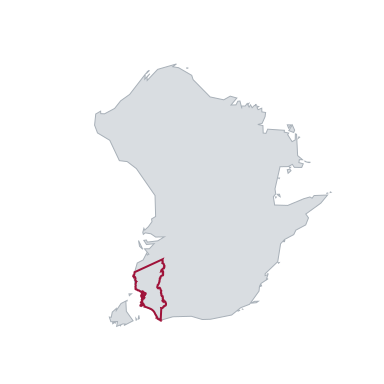 Victoria on a map of Australia (Natural Earth projection), rotated 66°
{"feature_id": "AUS-2656", "entity_name": "Victoria", "entity_type": "State", "adm_level": 1, "iso_a3": "AUS", "parent_name": "Australia", "parent_adm1": "", "projection": "natural_earth1", "projection_center": [144.983, -36.566], "detail": "fine", "context": "in_parent", "style": "outline", "palette": "rose", "viewbox_px": 384, "rotation_deg": 66, "n_neighbors": 0, "source": "natural_earth", "source_scale": "10m", "svg_char_len": 9038}
<svg xmlns="http://www.w3.org/2000/svg" viewBox="0 0 384 384"><g transform="rotate(66 192 192)"><path d="M254.6,78.9L258.4,97.0L263.0,96.1L268.3,101.5L269.1,112.6L272.3,116.4L273.0,126.7L275.3,132.1L290.5,142.0L296.4,158.4L298.1,159.2L298.4,156.3L301.7,159.3L302.2,157.8L303.6,166.1L305.5,168.6L309.8,171.1L318.0,185.1L317.5,194.5L320.5,205.8L315.8,226.8L312.7,234.4L305.3,243.1L298.2,260.2L296.4,273.0L283.9,276.1L277.6,281.6L273.8,282.1L274.9,285.3L268.8,280.7L269.7,279.6L269.3,278.5L268.2,278.4L266.1,280.4L264.7,279.2L267.1,277.3L265.7,275.8L257.5,282.8L244.7,279.4L234.6,270.9L234.2,264.3L229.4,258.3L231.4,258.5L231.3,256.7L224.6,258.5L226.5,254.0L223.8,247.6L221.5,254.9L216.6,255.7L217.3,253.2L219.6,253.2L222.7,243.1L221.7,235.5L218.4,243.5L213.5,246.5L210.3,251.3L210.9,253.7L208.9,253.4L205.6,250.7L207.6,250.7L206.0,246.0L202.8,240.6L200.2,239.9L199.6,235.2L180.2,227.2L148.0,233.3L137.9,238.8L133.8,245.6L111.3,246.1L99.6,254.3L91.3,253.8L81.6,248.2L81.0,242.6L83.3,243.5L85.0,240.1L84.2,228.7L79.7,220.1L77.5,209.3L65.4,186.8L69.7,189.2L66.8,182.4L68.8,186.4L71.9,187.6L66.0,173.5L68.7,154.1L69.7,158.7L73.0,153.7L85.3,144.8L89.8,145.3L112.5,136.8L120.7,125.5L120.0,118.1L124.4,112.8L128.4,121.0L130.3,116.4L127.7,113.2L128.4,111.2L136.0,112.5L133.6,111.8L135.1,108.5L133.6,105.6L137.7,105.3L136.2,103.1L139.5,102.8L138.3,99.7L141.1,96.3L141.4,98.3L143.7,98.1L143.8,94.2L147.2,95.6L149.3,92.4L152.9,94.6L157.8,100.0L157.1,104.4L160.2,100.2L167.1,103.0L168.5,100.6L165.4,97.3L173.2,82.5L174.8,83.4L177.5,79.7L178.5,81.3L186.7,80.1L186.4,76.5L180.9,73.9L181.8,73.0L201.7,80.7L207.5,77.9L206.1,80.8L208.6,82.4L211.5,78.9L214.2,81.8L211.1,88.5L207.6,89.1L207.9,93.8L204.7,101.3L222.9,114.9L227.8,116.3L229.4,119.6L237.5,121.8L243.2,110.0L243.6,92.8L244.5,86.3L246.5,84.8L244.9,81.9L249.9,69.4L254.6,78.9ZM264.7,296.8L274.3,300.5L285.7,298.2L286.3,308.4L285.6,306.6L284.4,308.7L284.1,315.5L280.0,312.7L277.5,318.9L272.6,318.4L273.6,316.7L269.3,313.7L267.6,308.5L269.5,309.4L265.0,302.2L264.7,296.8ZM171.5,73.1L177.3,73.1L179.0,74.9L175.3,78.6L171.5,73.1ZM214.6,260.6L224.3,260.3L220.2,262.0L214.6,260.6ZM212.8,92.9L214.0,96.6L210.4,95.9L210.9,93.3L212.8,92.9ZM317.5,183.5L317.3,179.3L318.8,175.8L319.3,178.3L317.5,183.5ZM283.1,290.7L286.2,291.6L286.3,293.0L283.1,290.7ZM171.0,74.2L173.0,77.8L169.4,77.6L171.0,74.2ZM261.2,291.4L259.4,291.0L260.4,288.6L261.2,291.4ZM232.2,113.4L230.5,114.5L228.8,115.1L229.6,113.0L232.2,113.4ZM65.3,185.8L63.8,183.8L63.5,181.9L63.8,181.8L65.3,185.8ZM285.6,294.4L286.8,295.4L284.5,294.6L285.6,294.4ZM304.8,166.6L306.1,166.6L306.0,168.5L304.8,166.6ZM273.5,126.6L275.0,127.7L274.7,128.3L273.5,126.6ZM279.9,316.4L280.1,318.0L278.9,317.5L279.9,316.4ZM319.5,196.1L319.6,198.4L319.4,198.4L319.5,196.1ZM186.1,72.9L185.1,71.9L185.7,71.4L186.1,72.9ZM212.8,73.1L211.4,74.9L213.0,71.7L212.8,73.1ZM319.8,193.3L319.1,194.1L319.5,193.3L319.8,193.3ZM215.2,106.9L214.4,107.3L214.8,106.4L215.2,106.9ZM209.9,92.8L208.9,92.9L209.5,91.8L209.9,92.8ZM77.2,144.9L77.0,146.4L76.5,146.3L77.2,144.9ZM248.2,68.5L248.2,69.8L247.8,68.9L248.2,68.5ZM268.2,279.0L268.4,279.8L268.1,279.6L268.2,279.0ZM211.0,75.5L209.2,76.7L211.1,75.2L211.0,75.5ZM138.4,97.9L137.7,98.8L138.1,97.8L138.4,97.9ZM280.6,315.2L280.0,315.5L280.4,314.9L280.6,315.2ZM231.4,117.8L230.4,117.8L230.9,117.0L231.4,117.8ZM134.7,104.6L134.2,105.1L134.1,103.9L134.7,104.6ZM285.2,311.7L284.4,312.1L284.7,311.2L285.2,311.7ZM248.8,65.1L248.7,66.0L248.2,65.6L248.8,65.1ZM267.7,280.1L268.5,280.8L267.2,280.6L267.7,280.1ZM292.3,141.9L291.6,142.0L291.9,141.0L292.3,141.9ZM297.8,156.1L297.5,156.2L297.7,155.4L297.8,156.1ZM265.1,295.5L264.9,296.2L264.6,295.4L265.1,295.5Z" fill="#d9dde1" stroke="#a8b0b8" stroke-width="1"/><path d="M296.7,272.9L296.5,273.1L296.2,273.2L295.5,273.2L295.6,272.9L295.4,273.0L295.1,272.9L295.4,273.3L295.4,273.5L295.1,273.7L294.8,274.3L294.5,274.4L294.3,274.6L293.8,274.8L293.7,275.0L292.8,275.0L292.5,275.1L292.4,275.3L292.2,275.0L291.8,275.0L291.5,274.9L291.3,275.0L289.4,275.1L289.0,275.3L288.3,275.2L286.5,275.3L285.4,275.5L284.1,276.0L283.1,276.5L282.1,277.2L280.9,278.3L279.0,280.2L278.4,280.9L277.8,281.4L277.6,281.8L277.5,281.7L276.6,281.8L276.2,281.7L275.9,281.9L275.5,281.9L275.2,282.0L274.9,282.2L274.7,281.9L274.0,281.9L273.8,282.0L273.5,282.3L273.7,282.5L273.9,282.8L274.0,282.8L274.1,283.1L274.2,283.3L274.2,283.5L274.4,283.5L274.7,283.1L274.9,283.1L275.0,282.8L275.2,282.6L275.3,282.7L275.3,283.2L275.4,283.4L275.4,283.6L275.2,283.8L275.1,284.3L275.3,284.3L275.4,284.7L275.1,284.8L275.1,285.1L274.8,285.3L274.6,285.1L274.4,285.0L274.4,284.8L274.5,284.8L274.5,284.7L274.2,284.4L274.0,284.1L274.0,283.7L273.5,283.2L273.0,282.8L272.5,282.9L272.5,283.0L272.5,283.4L272.0,283.5L271.8,282.9L271.6,282.4L271.0,281.6L271.4,281.9L271.6,281.9L271.4,281.7L270.8,281.4L270.6,281.5L270.3,281.7L270.0,281.8L269.8,281.6L269.5,281.0L269.1,280.8L268.6,280.7L268.9,280.5L269.0,280.4L268.9,280.3L269.0,280.1L268.9,279.8L269.1,279.7L269.3,279.8L269.5,279.8L269.8,279.5L269.7,279.3L269.5,279.2L269.2,278.4L268.5,278.4L268.4,278.5L268.2,278.4L267.9,278.4L268.0,278.5L267.8,278.7L267.8,278.9L267.6,279.1L267.7,279.3L267.8,279.7L267.2,279.6L266.9,279.9L266.8,280.0L266.7,280.1L266.6,280.3L266.1,280.4L266.1,280.5L265.7,280.3L264.7,279.3L264.4,279.1L264.7,279.1L265.1,279.4L265.2,279.5L265.7,279.4L266.3,279.2L266.3,278.9L266.5,278.7L267.1,277.8L267.2,277.6L267.1,277.3L267.1,277.0L266.9,276.8L266.6,276.6L266.4,276.3L266.3,275.8L266.0,275.6L265.8,275.6L265.8,275.8L265.4,275.8L265.2,276.2L264.8,276.4L264.4,276.7L263.7,277.0L263.5,277.4L263.5,277.5L263.2,277.3L262.7,277.4L262.6,277.5L262.6,277.8L263.0,277.8L263.5,278.0L263.9,277.8L264.3,277.6L264.6,277.7L264.7,277.9L264.7,278.2L264.5,278.3L264.4,278.4L264.3,278.6L264.3,278.8L263.5,278.8L263.3,278.9L263.0,278.8L262.8,278.9L261.9,279.6L261.6,279.7L261.5,279.9L261.2,280.0L260.6,280.3L260.3,280.6L260.3,280.8L260.0,281.0L259.8,281.5L259.6,281.6L259.4,281.8L258.5,282.1L258.3,282.6L258.2,282.6L257.8,283.0L257.5,283.1L257.0,282.6L256.4,282.3L255.7,282.4L255.4,282.1L255.0,281.6L254.6,281.4L254.0,281.3L253.1,281.0L252.8,280.7L252.2,280.2L251.3,279.7L251.2,279.4L251.1,279.5L250.6,279.4L249.9,279.4L249.8,279.6L249.6,279.7L249.3,279.6L248.7,279.4L247.9,278.7L247.6,278.7L247.4,278.7L246.7,278.6L246.2,278.8L245.9,279.2L246.1,279.6L245.8,279.6L245.6,279.7L245.5,279.9L245.4,279.9L245.2,279.5L244.8,279.4L244.7,279.7L244.4,279.5L244.5,279.2L244.5,278.9L244.4,278.8L243.4,277.9L242.9,277.6L241.9,277.1L241.5,246.2L241.6,246.3L241.9,246.7L242.0,246.7L242.5,246.8L242.9,246.9L243.2,246.8L243.6,247.1L243.8,247.4L244.1,247.3L244.6,247.6L244.9,247.6L245.0,247.9L245.5,247.6L245.8,247.2L246.3,247.1L246.9,247.3L247.2,247.3L247.4,247.2L247.6,247.2L248.0,247.1L248.4,247.3L248.5,247.6L248.8,247.5L249.1,247.7L249.3,247.7L249.4,247.9L249.5,248.3L249.8,248.7L250.0,248.9L250.3,248.8L250.4,249.0L250.2,249.5L250.3,250.3L250.8,250.9L250.8,251.1L251.0,251.3L251.1,251.7L251.1,252.0L251.4,252.1L251.7,252.2L251.8,252.3L251.8,251.9L252.2,251.8L252.2,251.7L252.4,250.8L252.8,250.7L253.2,251.0L253.3,251.4L253.7,251.3L254.0,251.5L254.1,251.3L254.4,251.5L255.0,251.6L255.5,251.9L255.7,252.0L255.8,252.3L256.1,252.2L256.3,252.4L256.3,252.6L256.3,252.8L256.2,253.0L256.2,253.3L256.1,253.6L256.3,254.7L256.7,255.3L256.9,255.5L257.5,255.6L257.7,255.8L257.7,256.2L257.7,256.4L257.7,256.5L258.1,256.8L258.6,256.9L258.9,257.0L259.0,257.2L259.6,257.6L260.1,257.8L260.2,258.1L260.7,258.2L260.9,258.3L261.4,259.0L261.6,259.1L262.0,259.5L262.4,259.8L262.9,260.8L263.0,261.1L263.3,261.1L264.0,262.0L264.4,262.1L264.6,262.3L264.8,262.5L265.2,262.5L265.7,262.0L266.1,262.2L266.3,262.1L266.3,261.9L266.0,261.5L266.2,261.1L266.2,260.7L266.4,260.4L267.1,260.3L267.7,260.3L268.4,260.5L268.7,260.5L269.4,260.2L269.7,260.2L269.9,260.3L270.9,261.2L271.2,261.3L271.5,261.3L271.9,261.2L272.1,261.2L272.3,261.3L272.4,261.6L272.9,261.6L273.1,261.7L273.5,261.7L273.8,261.9L274.0,261.7L274.8,261.9L275.2,261.3L275.4,261.4L275.6,261.3L275.8,261.4L276.3,261.4L276.7,261.8L277.1,261.8L277.2,262.0L277.5,262.0L277.9,262.1L278.2,262.3L278.4,262.3L278.5,262.2L278.9,262.3L278.9,262.8L279.3,263.3L279.8,263.1L279.4,262.9L279.2,262.7L279.1,262.2L279.5,261.8L279.8,261.9L280.3,261.8L280.5,261.8L280.7,262.0L280.8,261.5L281.0,261.3L281.1,261.1L281.4,261.1L281.6,261.0L281.8,261.1L281.9,261.4L282.0,261.4L283.0,261.0L284.0,261.4L284.2,261.5L284.4,261.8L284.7,261.9L284.8,262.0L284.7,262.3L285.0,262.6L285.0,262.8L284.9,263.3L285.0,263.3L285.2,264.0L285.1,264.4L285.1,264.6L285.5,264.9L285.6,265.3L285.6,265.7L285.7,265.8L285.9,265.9L286.0,266.1L286.0,266.6L285.5,267.4L286.0,267.5L296.7,272.9ZM269.1,279.0L269.4,279.4L268.9,279.5L268.5,279.8L268.1,279.7L268.0,279.3L268.2,279.1L268.2,278.9L268.6,279.1L269.1,279.0ZM268.3,280.4L268.5,280.5L268.6,280.8L268.3,280.7L268.0,280.5L267.8,280.6L267.6,280.7L267.4,280.6L267.1,280.6L267.5,280.1L268.1,280.0L268.3,280.2L268.2,280.2L268.3,280.4L268.3,280.4ZM276.1,282.3L276.4,282.3L276.0,282.4L275.8,282.6L275.7,282.6L275.4,282.5L275.3,282.3L275.7,282.3L276.1,282.3Z" fill="none" stroke="#9f1239" stroke-width="2"/></g></svg>